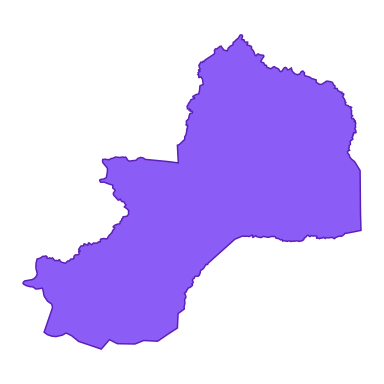 Cedros, Francisco Morazán, Honduras
{"feature_id": "27666195B52498637855734", "entity_name": "Cedros", "entity_type": "district", "adm_level": 2, "iso_a3": "HND", "parent_name": "Honduras", "parent_adm1": "Francisco Morazán", "projection": "albers", "projection_center": [-87.205, 14.525], "detail": "fine", "context": "isolated", "style": "filled", "palette": "violet", "viewbox_px": 384, "rotation_deg": 0, "n_neighbors": 0, "source": "geoboundaries", "source_scale": "gbopen_adm2", "svg_char_len": 5913}
<svg xmlns="http://www.w3.org/2000/svg" viewBox="0 0 384 384"><path d="M52.5,307.7L44.1,332.2L47.5,334.7L52.0,336.2L56.0,336.6L62.2,335.2L65.6,333.3L66.5,333.2L71.6,335.7L78.6,341.4L101.3,349.1L109.4,339.7L117.4,343.7L135.0,344.0L143.7,340.5L157.7,341.2L167.3,334.6L177.4,328.0L178.1,313.5L184.1,309.2L184.3,308.8L184.1,307.0L184.9,303.2L184.6,299.2L185.7,297.9L185.9,296.7L185.3,294.5L184.5,293.5L184.6,293.0L186.3,291.8L186.7,290.3L187.3,289.8L188.2,288.0L190.0,287.5L192.3,285.6L192.5,284.7L192.0,283.8L193.0,282.8L193.2,282.2L192.4,279.9L193.4,278.6L194.1,278.4L194.6,276.8L196.3,276.1L198.1,276.2L199.5,275.1L199.5,273.8L200.3,273.0L200.2,271.8L200.7,270.5L203.4,268.6L206.0,264.4L207.2,264.6L207.7,264.3L208.3,263.0L234.9,239.2L242.4,236.1L245.6,236.3L247.3,236.1L248.9,236.6L252.2,235.1L252.6,235.7L252.6,237.1L253.0,237.4L255.7,235.7L257.0,236.8L261.0,237.6L263.3,236.4L268.0,237.3L269.3,237.2L270.7,236.5L274.7,236.5L275.7,237.2L276.0,238.2L278.8,238.7L280.6,239.9L282.2,239.7L282.7,241.1L283.8,240.7L287.3,241.4L288.1,241.0L289.7,240.8L290.3,241.4L290.8,241.5L292.6,241.1L294.6,241.2L296.7,240.7L298.9,241.4L302.0,240.8L303.1,240.1L303.7,239.7L304.3,238.1L305.7,237.2L306.7,235.9L307.9,235.3L308.4,235.4L309.2,236.3L310.1,236.6L311.3,235.6L313.1,236.1L314.8,235.8L316.3,236.1L316.8,236.3L316.5,237.5L316.8,238.3L318.3,238.1L319.4,238.7L320.9,238.1L322.5,238.0L323.6,237.3L325.3,238.5L326.3,237.6L328.2,237.9L332.2,237.4L334.4,238.7L334.9,238.4L335.1,237.8L339.1,236.1L341.2,236.3L342.1,236.0L344.2,234.4L344.8,233.4L348.5,232.9L361.0,230.4L360.5,213.6L360.1,170.6L354.6,161.6L351.8,159.4L349.9,157.3L349.2,154.9L347.6,152.9L347.6,151.2L349.6,150.3L348.6,148.8L349.2,147.7L349.0,146.0L350.5,144.1L350.1,141.3L352.9,139.1L352.0,137.5L352.7,136.9L352.8,135.5L353.5,134.8L353.2,134.0L353.8,133.4L353.7,132.5L354.2,132.4L355.5,132.9L356.0,132.6L355.8,130.5L354.7,128.8L355.7,127.0L355.2,125.2L355.8,123.8L355.4,122.0L354.6,122.0L354.3,121.7L355.1,121.0L355.1,120.7L354.4,120.2L354.2,119.5L353.6,119.3L353.3,118.4L351.9,118.6L351.5,118.2L351.4,117.2L352.6,115.7L351.4,114.7L351.6,110.6L350.6,108.9L351.6,107.4L350.3,106.7L349.5,106.9L348.1,105.6L345.9,105.0L345.3,104.3L345.3,103.8L345.9,102.5L345.0,102.1L345.0,100.6L344.6,99.4L342.7,96.7L343.8,94.6L343.7,93.9L343.2,93.5L341.8,93.5L341.8,92.2L340.7,92.4L339.9,91.6L337.9,90.6L337.1,88.5L334.5,88.3L335.0,87.1L334.9,85.8L333.4,84.6L332.7,82.8L332.0,82.2L329.8,81.5L326.6,81.1L322.1,84.1L320.6,84.4L319.3,84.2L316.3,82.4L316.1,79.8L311.6,78.5L309.7,77.1L304.8,75.7L304.3,74.5L304.5,72.8L302.8,71.0L301.3,71.6L299.7,74.1L297.0,74.6L294.8,73.8L292.3,71.3L291.3,68.0L288.9,69.6L287.7,69.9L286.3,67.8L285.5,67.4L284.6,67.6L283.8,68.3L281.9,71.2L280.7,71.7L280.1,71.4L278.4,68.8L275.4,67.5L274.3,66.6L273.1,67.0L272.5,67.7L270.8,68.7L266.9,67.3L266.5,65.6L266.0,65.2L264.9,65.2L263.6,62.7L261.6,62.2L261.0,61.7L261.1,60.7L263.9,56.3L263.6,55.5L262.8,55.1L260.4,55.1L258.1,53.9L257.4,54.2L256.2,55.7L255.2,55.5L253.5,51.0L251.3,48.4L251.6,47.2L251.4,46.5L249.3,45.4L247.2,45.2L246.8,44.5L247.7,43.4L247.6,42.1L245.2,42.2L244.5,41.5L244.0,39.8L241.7,39.6L242.5,36.7L242.4,35.5L241.9,35.0L240.9,34.9L240.0,35.2L238.3,38.2L235.6,40.3L234.5,41.7L233.3,42.2L232.8,44.9L230.2,46.2L228.3,48.1L227.2,50.9L223.8,50.0L221.0,46.1L219.8,46.5L217.0,48.8L215.4,48.9L214.4,50.4L214.7,52.7L214.2,54.0L205.1,60.0L204.4,61.3L203.0,61.3L202.6,62.4L200.9,62.1L198.9,65.3L199.3,67.4L200.2,69.1L199.9,69.6L198.6,69.9L198.7,70.6L199.8,71.4L198.1,72.5L198.4,74.0L197.8,74.6L198.8,75.4L198.8,77.4L199.5,77.5L200.9,76.9L202.1,78.6L202.6,79.9L203.2,84.5L200.0,85.7L199.4,91.2L198.6,94.0L196.2,94.5L192.9,96.4L192.9,97.0L194.5,97.9L194.7,98.4L191.0,99.6L189.9,101.7L188.5,103.6L187.9,105.2L187.0,106.3L187.4,107.7L187.4,108.8L189.1,108.7L189.1,110.1L190.4,109.8L190.3,111.2L192.1,111.2L192.5,112.2L192.1,113.2L190.8,113.2L189.6,114.0L188.5,118.9L186.3,121.1L186.5,123.7L186.0,124.8L186.5,125.2L187.5,125.1L187.7,126.2L187.3,126.8L187.5,128.2L187.0,128.6L186.9,129.7L186.6,130.2L186.7,131.5L185.8,135.2L184.7,136.7L184.7,139.4L179.1,144.7L177.4,145.2L178.3,162.9L167.4,161.5L145.3,159.4L143.3,158.0L140.8,157.4L137.8,158.4L136.3,160.2L129.2,161.1L127.3,159.8L126.9,158.6L125.7,157.1L124.5,157.4L122.7,157.0L120.0,157.5L115.4,157.0L113.1,158.2L110.9,158.6L109.6,159.6L107.4,159.6L105.2,159.2L102.7,159.5L102.5,161.2L103.1,163.0L106.6,167.2L107.5,168.6L107.3,172.2L106.3,177.6L103.9,179.0L101.3,179.3L100.0,179.7L99.7,180.2L100.1,181.6L100.7,182.2L104.2,182.2L108.6,183.9L112.7,185.1L112.9,188.3L114.8,189.6L115.0,190.1L114.8,191.0L113.4,193.0L113.3,194.0L113.6,195.0L118.2,200.1L118.9,200.1L120.3,199.2L121.7,201.5L124.0,201.9L124.8,203.5L126.0,205.0L124.3,206.9L126.9,208.7L128.4,210.3L128.8,211.1L128.4,212.0L128.7,214.1L126.8,216.3L123.1,216.8L122.6,218.4L121.8,218.9L121.7,220.6L120.3,221.4L119.9,223.7L117.0,224.3L116.2,224.9L115.5,224.8L113.3,226.4L113.3,227.1L114.6,227.9L114.4,228.7L112.7,230.5L112.1,232.3L108.6,236.1L107.3,238.6L106.2,238.8L103.7,238.5L100.9,239.0L100.4,239.7L100.3,241.8L98.6,241.9L96.8,243.2L93.5,243.0L91.5,244.8L88.9,242.8L88.3,243.2L88.1,244.6L87.7,245.2L86.4,244.6L85.5,244.6L84.8,243.8L83.9,244.0L83.6,245.7L80.8,246.1L78.7,249.3L78.8,250.0L80.2,251.0L80.1,251.3L79.0,251.2L78.7,251.4L79.1,253.2L79.0,254.1L78.1,254.7L75.4,254.9L74.3,255.8L73.4,259.0L71.2,259.0L70.3,259.4L69.7,260.8L67.7,261.0L65.5,263.2L62.1,262.4L60.8,261.8L60.3,261.3L59.6,259.8L58.9,259.9L58.0,260.8L56.7,260.4L54.7,260.6L52.6,257.9L51.4,258.5L49.7,257.8L48.5,258.4L47.0,258.2L46.7,257.9L47.0,256.7L45.8,255.9L44.4,256.4L42.8,256.3L40.1,258.2L37.1,259.0L36.1,262.9L35.9,266.3L36.1,269.2L37.2,273.3L36.7,275.4L35.9,276.8L34.1,278.6L32.1,279.6L24.7,280.9L23.5,282.0L23.0,283.3L23.9,284.4L26.5,285.7L30.1,286.7L32.4,286.8L34.0,287.6L35.7,289.0L39.0,288.8L42.2,288.1L42.9,289.5L43.9,295.2L44.3,296.4L47.6,301.2L51.8,304.2L52.5,307.7Z" fill="#8b5cf6" stroke="#5b21b6" stroke-width="1.5"/></svg>